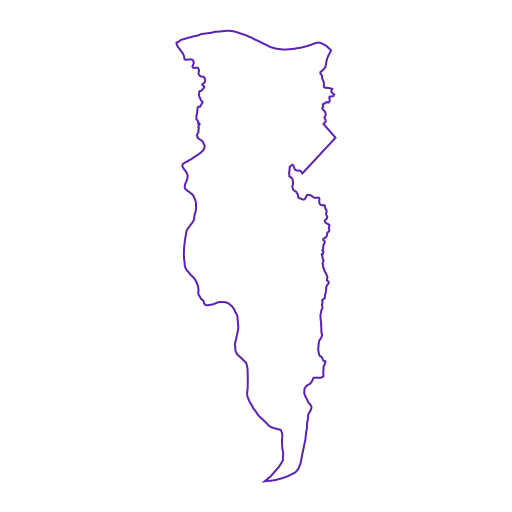 Oeiras do Pará, Pará, Brazil (Mercator projection)
{"feature_id": "56859067B20802906258225", "entity_name": "Oeiras do Pará", "entity_type": "district", "adm_level": 2, "iso_a3": "BRA", "parent_name": "Brazil", "parent_adm1": "Pará", "projection": "mercator", "projection_center": [-49.888, -2.385], "detail": "fine", "context": "isolated", "style": "outline", "palette": "violet", "viewbox_px": 512, "rotation_deg": 0, "n_neighbors": 0, "source": "geoboundaries", "source_scale": "gbopen_adm2", "svg_char_len": 6010}
<svg xmlns="http://www.w3.org/2000/svg" viewBox="0 0 512 512"><path d="M264.7,481.3L267.3,480.9L269.7,480.9L275.6,480.0L282.9,478.0L287.8,476.2L295.4,472.4L298.4,468.8L300.7,462.8L302.1,455.2L305.4,439.4L306.2,431.7L307.0,428.2L307.0,423.7L307.9,419.1L308.2,414.9L308.7,413.5L311.0,409.6L311.5,407.1L311.0,405.5L308.9,403.1L308.1,401.8L305.3,396.2L304.3,393.6L304.4,389.2L304.8,388.2L306.4,386.0L307.9,384.9L309.9,383.9L311.3,382.3L312.5,380.1L313.5,377.8L316.8,377.6L318.8,377.8L321.0,377.7L323.2,376.7L323.5,374.9L323.2,373.2L323.5,369.6L323.5,366.6L324.7,364.4L325.2,362.8L325.4,361.3L323.5,360.8L322.4,358.7L322.1,357.6L321.3,356.7L320.1,356.2L319.0,354.3L318.4,350.8L318.1,349.6L318.5,346.4L318.6,344.2L319.0,341.9L319.2,340.7L321.2,337.8L322.1,335.3L321.8,333.4L321.3,332.3L321.4,329.6L321.2,326.5L321.1,322.0L320.7,320.4L320.4,315.2L321.1,312.3L321.4,310.1L322.2,308.8L322.5,307.2L321.9,304.8L322.3,303.7L322.5,302.2L322.1,300.4L323.7,298.7L324.8,298.2L324.9,297.1L324.9,295.7L325.6,293.3L325.9,291.6L326.3,287.0L326.9,285.4L327.8,284.4L328.6,283.3L328.7,282.0L328.0,281.2L326.9,280.5L327.0,279.2L327.4,277.9L327.3,276.8L327.0,275.7L325.9,273.3L324.5,271.0L324.3,269.9L323.2,267.2L322.9,266.1L323.1,265.0L322.6,263.9L322.7,262.6L323.3,261.6L323.5,260.3L322.9,259.0L321.8,254.2L322.9,253.9L323.3,252.7L323.2,251.1L322.3,250.4L322.9,249.4L323.1,248.1L323.2,246.8L323.7,244.3L324.5,243.2L324.8,242.1L324.4,241.0L323.4,240.2L323.2,239.1L324.3,238.2L325.3,237.6L326.3,236.7L326.9,235.5L327.3,233.0L328.1,232.1L329.0,231.4L329.3,229.8L328.8,228.0L329.4,225.1L327.9,223.8L326.8,223.6L325.7,222.7L325.0,221.8L324.8,220.6L325.5,219.6L326.5,218.9L327.2,217.8L327.2,216.6L326.6,215.5L326.2,214.4L326.1,213.3L326.5,212.2L326.6,211.0L326.3,209.9L325.6,209.1L325.2,207.9L324.9,206.8L324.9,205.6L323.8,205.1L322.7,205.4L321.5,205.1L320.2,204.5L319.5,203.5L319.2,202.3L319.2,201.1L319.4,199.8L319.4,198.6L318.8,197.6L317.6,197.5L316.4,197.9L315.0,197.9L313.9,197.5L310.9,195.5L308.5,194.7L307.4,194.9L306.5,195.8L306.1,196.9L304.8,199.1L303.7,199.6L302.4,199.3L300.0,198.4L298.9,197.9L298.1,197.2L298.1,195.8L297.8,194.6L296.3,191.9L293.8,190.3L293.0,189.4L292.3,186.8L292.5,185.6L293.0,184.4L293.1,183.0L292.7,180.0L292.1,178.4L291.2,177.5L289.4,176.5L289.4,175.0L289.0,173.2L289.4,171.2L289.7,167.1L290.5,166.0L292.6,164.8L293.6,166.0L294.7,169.2L295.6,170.1L297.2,170.6L299.6,170.6L300.8,171.2L302.4,173.4L335.5,137.7L323.5,124.0L325.2,122.1L325.7,120.9L325.5,119.7L324.8,118.6L324.4,117.4L325.3,116.1L325.6,114.9L325.6,113.8L325.2,112.0L324.5,111.0L323.5,110.3L322.7,109.2L322.2,108.1L323.1,106.9L322.8,104.3L323.7,103.7L324.9,103.5L325.8,102.4L326.9,102.1L328.1,102.7L329.4,101.6L329.8,100.0L329.6,99.0L329.2,97.8L329.6,96.7L333.3,96.1L334.2,94.5L333.3,93.7L331.5,92.4L331.5,90.4L332.2,88.9L329.3,88.1L327.0,87.8L325.7,88.0L323.9,86.9L323.9,82.8L323.1,80.4L322.5,79.3L322.0,77.7L322.1,76.0L321.4,74.7L320.4,73.7L320.4,72.2L323.9,69.1L325.3,67.1L325.8,65.2L326.5,61.2L327.1,58.7L328.4,55.6L331.1,50.3L326.2,45.8L322.1,43.6L320.9,43.0L318.6,42.6L317.5,42.7L315.1,43.2L312.7,44.1L311.4,44.7L305.8,46.4L301.3,47.6L296.5,48.3L294.3,48.8L286.6,49.5L282.5,49.5L281.0,49.2L276.4,48.7L275.1,48.4L271.9,47.5L270.5,47.1L268.9,46.3L266.2,44.9L263.6,43.7L258.3,41.0L254.0,39.1L251.4,37.6L248.8,36.6L246.5,35.5L242.5,34.1L238.7,32.9L237.8,32.5L234.0,31.4L228.8,30.7L224.0,31.0L221.3,31.4L214.2,31.9L212.0,32.7L201.5,34.0L200.1,34.5L198.8,35.2L196.3,35.8L195.0,36.0L186.4,38.3L185.0,38.8L181.9,39.6L180.5,40.2L178.7,41.7L176.5,42.7L176.6,44.1L177.8,46.7L182.6,53.1L184.1,56.3L184.2,57.5L184.4,58.9L185.2,59.7L187.4,59.7L188.8,59.4L191.2,59.4L192.8,60.0L193.6,61.5L193.7,63.5L192.4,66.6L193.3,67.8L194.9,68.0L196.5,67.5L197.8,67.9L198.7,69.3L199.1,70.9L198.6,72.6L198.4,73.7L199.3,75.2L200.8,76.5L203.2,76.7L204.4,77.6L204.9,79.0L205.1,80.2L204.9,81.8L204.2,82.9L202.4,84.0L202.5,85.3L204.0,86.2L204.1,87.6L202.5,89.5L201.3,90.8L199.5,91.2L199.2,92.4L198.9,95.0L199.4,96.8L200.0,97.8L200.6,99.8L202.6,102.1L201.7,103.9L199.9,106.8L198.3,106.7L197.5,108.3L197.2,112.7L197.0,114.0L196.3,116.1L196.5,117.9L196.3,119.1L197.5,120.5L198.4,122.3L198.1,123.5L199.4,123.6L199.6,124.7L198.7,125.5L198.3,126.9L198.9,127.8L198.8,128.9L198.3,130.1L198.5,131.2L198.3,132.4L197.5,133.9L196.8,135.5L197.5,136.7L197.7,137.9L202.5,141.3L204.6,145.5L204.5,147.6L203.7,149.3L203.1,150.4L200.9,152.5L199.8,153.4L194.3,157.0L191.1,159.3L189.1,160.3L186.8,161.7L185.5,162.2L182.6,164.2L182.3,165.7L182.7,167.0L183.5,168.3L184.4,169.7L186.4,172.3L187.6,175.2L187.4,178.1L186.8,180.3L185.5,183.4L185.0,184.5L184.7,187.3L185.2,188.7L186.3,189.8L187.6,191.0L189.2,191.9L191.3,193.7L192.7,194.7L193.4,195.9L194.2,197.6L195.4,200.6L195.9,202.7L196.0,205.0L196.0,208.8L195.7,211.0L194.4,215.7L194.1,219.3L193.4,220.8L191.6,223.6L188.2,228.0L186.8,230.4L186.3,231.8L186.0,234.5L185.1,238.8L184.0,248.6L184.0,252.2L183.8,253.5L184.1,259.0L184.7,263.6L184.7,265.6L185.5,267.9L186.5,269.8L190.6,274.7L194.4,278.5L195.4,280.0L195.9,281.3L196.7,282.5L197.3,284.4L197.8,285.4L198.4,288.7L198.6,290.1L198.2,291.3L198.4,294.2L201.3,299.2L202.6,300.0L203.5,300.8L203.9,303.1L205.5,305.1L207.5,305.3L212.3,304.5L214.0,304.0L218.3,302.2L219.9,302.0L225.3,302.2L228.2,303.2L231.8,306.1L234.4,309.6L235.1,311.7L236.8,314.5L237.4,316.3L238.3,327.1L238.1,329.6L237.5,332.6L236.2,338.7L235.4,341.5L234.9,344.6L235.3,347.4L235.3,349.6L235.8,351.5L236.5,353.3L237.8,355.0L242.4,359.0L244.4,361.3L246.0,362.6L246.8,365.1L247.5,368.3L247.8,377.2L247.7,386.0L247.6,388.9L247.1,392.8L247.3,395.9L248.1,398.2L249.7,402.0L252.2,406.1L253.2,408.1L255.8,411.5L257.7,414.6L259.2,416.2L260.4,417.5L262.3,419.0L263.2,420.0L265.6,422.2L267.4,424.0L268.3,425.2L270.2,426.6L272.5,427.6L274.8,428.4L280.7,429.9L282.0,433.0L282.3,434.8L282.3,437.0L282.0,439.2L282.1,445.7L282.5,449.8L283.0,451.3L283.2,454.5L282.9,456.1L283.0,459.3L282.7,460.5L282.1,461.8L278.6,467.3L274.5,471.7L273.8,472.9L271.5,475.2L270.3,476.9L269.0,477.7L264.7,481.3Z" fill="none" stroke="#5b21b6" stroke-width="2"/></svg>